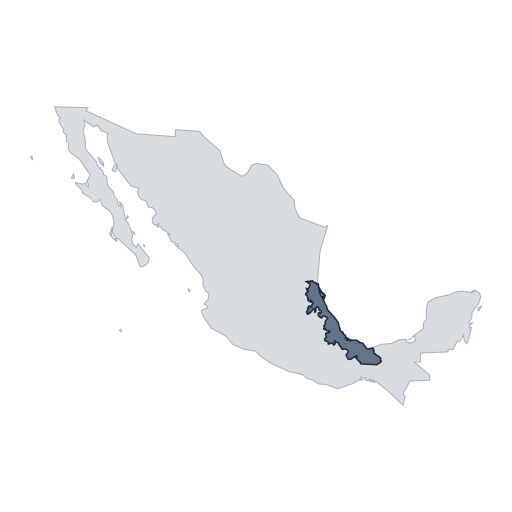 location of Veracruz within Mexico
{"feature_id": "MEX-2734", "entity_name": "Veracruz", "entity_type": "State", "adm_level": 1, "iso_a3": "MEX", "parent_name": "Mexico", "parent_adm1": "", "projection": "albers", "projection_center": [-96.92, 19.815], "detail": "fine", "context": "in_parent", "style": "filled", "palette": "slate", "viewbox_px": 512, "rotation_deg": 0, "n_neighbors": 0, "source": "natural_earth", "source_scale": "10m", "svg_char_len": 9612}
<svg xmlns="http://www.w3.org/2000/svg" viewBox="0 0 512 512"><path d="M54.7,106.8L87.8,107.7L85.9,110.7L136.1,133.8L175.1,136.7L175.6,129.7L199.7,131.4L203.7,136.5L220.0,150.8L223.6,162.4L226.5,166.9L242.1,176.4L247.3,173.3L251.5,165.1L256.4,163.4L267.9,165.2L277.2,174.7L283.4,188.2L294.3,200.6L294.9,208.3L299.8,217.9L324.4,227.2L327.7,225.8L320.1,250.5L317.5,280.2L318.6,286.6L325.1,295.2L323.7,299.8L324.1,295.2L318.7,287.9L320.4,294.6L327.0,308.6L337.9,322.0L340.4,330.4L348.1,338.8L345.9,338.6L350.3,340.6L348.9,339.4L357.0,340.4L362.8,343.3L367.9,348.7L381.5,344.3L391.5,343.5L398.1,340.1L405.1,339.2L406.5,340.4L406.0,342.2L411.8,343.1L415.6,340.3L414.4,336.0L412.6,337.1L413.0,336.2L423.2,328.6L423.6,322.6L426.5,319.0L426.3,309.4L427.9,302.1L435.6,297.6L449.4,294.8L455.3,292.0L462.0,291.1L473.3,293.0L474.1,291.4L471.2,291.5L474.9,290.1L479.6,293.0L480.6,297.3L478.7,303.2L471.9,312.4L471.9,318.2L468.4,322.0L469.1,323.3L472.4,322.6L469.1,326.5L469.2,327.9L471.5,327.3L467.8,342.3L466.7,343.7L464.2,340.5L463.3,335.0L460.3,340.9L456.9,341.5L453.1,349.3L448.1,349.4L447.8,351.9L420.3,353.0L420.6,361.9L414.3,362.1L429.8,375.2L429.5,380.2L409.9,381.0L403.1,393.7L405.2,396.8L403.0,405.2L388.3,391.4L376.7,382.0L369.7,378.5L368.9,379.4L375.4,382.6L365.3,379.9L366.0,377.5L363.3,378.5L361.6,376.5L359.8,378.7L363.2,379.8L358.1,380.3L353.1,383.6L337.2,388.8L326.9,384.7L318.2,383.8L312.4,379.9L306.6,378.3L303.0,374.7L288.9,371.6L271.5,363.6L260.4,356.2L255.7,351.2L244.0,349.2L233.0,344.6L226.3,336.4L211.3,328.1L203.7,317.1L201.3,310.5L207.5,307.8L206.6,305.0L204.0,304.0L208.2,299.2L209.0,293.4L205.8,291.2L202.9,285.2L203.2,279.9L201.3,275.0L192.9,265.5L185.8,254.3L174.4,244.2L177.7,246.2L178.1,244.2L171.9,241.8L167.6,234.2L170.9,234.6L162.0,229.0L160.8,226.5L157.3,227.1L156.8,226.0L159.6,223.3L155.0,225.2L152.5,222.9L152.3,218.1L155.8,214.0L156.9,214.9L155.0,210.3L152.3,207.4L148.4,207.2L146.2,201.1L141.5,199.4L138.9,196.7L137.4,191.4L138.8,188.2L130.7,185.9L117.5,168.2L117.0,164.2L114.9,162.8L107.4,141.7L107.2,135.5L108.3,133.6L100.7,130.3L99.1,126.8L96.6,125.4L93.7,127.0L83.6,119.9L85.1,124.0L83.1,131.4L84.9,137.7L85.8,149.4L95.8,160.7L98.7,167.9L100.4,167.7L101.0,169.9L102.6,170.3L103.7,174.9L106.7,176.5L107.8,186.1L113.0,191.3L114.5,196.7L117.0,198.7L118.4,205.1L120.6,206.8L119.7,202.0L122.6,205.0L125.4,219.7L128.7,224.2L132.8,234.9L131.8,239.3L132.5,243.3L136.4,247.4L138.2,243.7L149.4,258.2L147.9,263.2L142.9,266.6L140.2,266.8L135.9,255.2L118.1,238.6L116.3,238.7L112.9,233.7L112.4,230.4L114.0,223.5L112.9,216.7L110.5,211.7L101.9,205.1L100.5,199.2L98.6,201.5L93.9,202.1L90.8,198.0L82.7,193.2L81.7,189.7L75.8,184.3L75.4,182.5L81.9,184.1L85.8,183.2L85.6,184.7L88.7,186.6L87.9,182.6L86.4,182.2L90.2,174.9L79.3,159.2L69.8,151.8L68.3,148.5L68.8,143.2L66.5,141.2L66.2,135.0L63.3,132.1L63.2,128.5L59.3,122.4L58.8,119.7L60.4,118.0L57.6,115.4L54.7,106.8ZM116.9,168.4L115.5,171.9L112.3,170.4L114.1,165.0L116.1,164.6L116.9,168.4ZM103.7,166.4L99.3,162.0L98.4,157.7L100.7,159.3L101.1,161.6L103.4,162.5L103.7,166.4ZM478.9,310.8L477.7,309.6L478.2,307.9L481.3,306.3L478.9,310.8ZM112.7,238.3L109.6,234.2L112.3,226.6L111.1,233.5L112.7,238.3ZM73.9,178.8L71.4,178.0L73.5,174.1L74.4,177.2L73.9,178.8ZM32.6,160.2L30.7,157.3L31.3,156.2L32.1,156.3L32.6,160.2ZM115.5,238.7L117.4,241.9L113.3,238.6L115.5,238.7ZM190.0,290.5L189.5,291.8L188.5,291.2L188.1,289.0L190.0,290.5ZM134.3,232.3L135.0,234.7L132.9,231.6L134.3,232.3ZM127.2,215.9L128.4,217.1L126.4,219.1L127.2,215.9ZM121.5,331.2L120.6,331.5L119.4,330.4L120.6,329.2L121.5,331.2ZM409.8,339.2L407.4,339.8L411.6,338.3L409.8,339.2ZM144.8,246.7L143.6,246.4L143.6,244.1L144.8,246.7Z" fill="#d9dde1" stroke="#a8b0b8" stroke-width="1"/><path d="M318.3,284.0L318.4,284.3L318.5,286.2L318.6,286.8L320.8,290.9L322.3,292.7L323.5,293.7L323.7,293.9L324.7,294.6L325.1,295.3L325.1,295.9L324.6,297.5L323.9,298.7L323.7,299.8L323.4,298.7L322.8,297.2L323.6,296.6L323.9,296.5L324.0,296.7L324.3,296.2L324.3,295.6L324.2,295.4L322.6,294.1L322.4,293.7L321.6,292.9L320.9,291.8L320.6,291.6L320.1,289.8L319.7,289.5L318.3,286.8L318.4,287.1L319.2,289.1L319.4,291.0L319.7,292.1L319.9,293.4L320.1,294.1L321.3,296.2L321.5,296.4L322.0,296.6L322.4,296.3L322.6,296.5L322.4,297.5L322.5,297.8L323.5,300.0L323.8,300.3L323.9,300.9L324.8,303.3L326.9,307.2L327.1,308.0L326.8,308.3L327.5,309.7L329.3,311.8L330.6,312.9L330.9,313.5L331.1,313.8L332.5,315.4L333.7,316.5L334.0,317.1L334.6,317.5L335.1,318.4L336.1,319.6L337.0,321.1L337.9,322.0L338.6,324.1L338.8,325.4L339.3,327.3L340.0,328.2L340.0,328.5L339.9,328.9L339.9,329.1L340.3,330.5L340.5,330.8L342.3,332.2L342.7,332.1L342.9,332.3L343.4,334.0L343.8,334.5L344.1,334.7L345.0,334.9L345.6,336.7L346.2,337.6L347.1,338.4L347.9,338.6L348.4,338.9L348.4,339.5L347.4,338.7L346.5,338.5L346.0,337.9L345.7,337.9L345.3,338.0L345.7,338.3L346.5,338.7L346.6,339.0L347.6,339.7L347.6,339.8L347.4,339.8L346.7,339.6L346.8,340.1L347.0,340.2L347.4,340.2L347.7,340.0L347.8,339.8L348.1,339.8L350.0,340.3L351.0,341.0L351.2,340.7L350.6,340.4L349.6,340.0L348.8,339.6L348.7,338.9L349.8,339.7L351.0,340.1L352.3,340.4L356.9,340.3L359.0,341.8L359.2,342.0L359.4,342.6L359.7,342.7L362.6,343.2L363.0,343.3L364.0,345.5L365.4,346.9L366.1,348.4L366.7,348.8L367.8,349.1L369.0,348.9L369.5,348.7L371.7,348.3L372.8,348.0L373.0,348.6L373.4,348.8L373.5,349.6L373.7,349.9L373.5,350.1L373.8,350.5L373.9,351.0L374.1,351.4L373.8,352.1L373.8,353.2L374.0,353.4L374.4,353.4L374.6,353.7L375.4,353.9L375.7,354.2L375.9,355.1L376.5,355.2L377.0,355.3L377.3,355.8L378.2,356.0L379.0,356.4L379.4,357.0L380.0,357.7L380.7,358.1L380.8,358.3L380.4,360.3L380.5,360.6L380.7,360.8L381.3,361.0L380.9,362.0L380.6,362.2L377.0,364.7L360.9,363.9L360.4,363.5L360.1,362.5L360.3,362.4L360.3,362.2L360.2,361.9L360.0,361.6L358.8,361.1L356.1,358.1L356.3,357.4L356.8,357.1L356.9,356.1L356.8,355.7L356.3,355.8L356.2,355.9L356.3,356.2L356.2,356.2L355.7,356.0L355.3,356.7L354.5,356.9L354.4,357.2L353.4,357.3L353.1,357.5L352.7,358.0L352.3,358.1L351.6,358.6L351.5,358.9L351.1,359.0L350.9,359.2L349.9,359.1L349.0,359.5L348.3,359.2L347.9,358.9L346.2,355.5L346.2,355.0L346.4,354.4L347.5,353.1L347.9,352.4L348.2,351.7L347.5,350.1L347.2,349.7L345.3,349.0L344.9,349.1L343.5,348.9L343.1,349.4L342.7,349.4L342.4,349.2L342.2,349.1L342.3,348.8L342.2,348.7L341.7,348.7L341.3,348.4L341.0,347.1L340.9,346.9L340.5,346.5L339.8,346.0L339.4,345.5L339.1,344.9L338.6,343.1L338.3,342.8L338.0,342.7L336.3,342.3L335.8,341.9L334.8,341.1L335.2,342.6L335.2,343.2L335.1,343.7L334.8,344.1L333.8,345.1L333.0,344.1L332.9,343.2L332.7,342.9L330.1,343.4L329.1,344.1L328.9,344.0L328.4,344.0L328.2,344.0L328.1,343.7L328.4,342.9L328.3,342.7L328.0,342.2L327.9,341.7L327.7,341.4L326.9,341.2L326.6,341.0L326.4,340.9L325.7,341.2L325.2,340.9L324.8,340.2L324.6,339.2L324.8,338.8L325.3,338.4L325.5,337.9L326.4,337.5L325.7,334.1L325.7,333.6L325.8,333.3L326.5,333.1L327.3,332.7L328.1,333.0L328.5,332.5L328.9,332.5L329.2,332.4L330.0,331.4L329.8,331.1L329.0,330.8L328.7,330.8L328.1,331.0L327.3,330.7L326.6,330.6L326.4,330.4L325.7,329.5L325.0,329.7L324.7,329.2L324.0,329.1L323.8,329.0L323.7,328.7L323.8,328.6L324.6,328.6L324.8,328.4L325.0,328.2L324.8,327.9L324.4,327.5L324.4,327.1L323.9,326.7L324.0,325.6L324.2,325.3L324.5,325.3L324.9,324.8L325.2,324.0L325.3,323.0L325.2,321.6L326.0,320.3L327.5,318.7L327.7,318.1L327.5,317.7L326.2,317.2L325.3,316.7L324.1,315.9L323.8,315.9L322.8,316.2L322.5,316.8L322.0,317.5L321.6,317.9L321.2,318.1L320.9,317.8L320.8,317.0L320.5,316.9L319.7,317.1L319.2,316.2L318.3,315.6L318.2,315.4L318.5,314.6L318.4,314.3L318.4,313.6L318.2,313.1L318.4,313.0L319.0,313.0L319.5,312.6L320.1,313.3L320.3,313.4L320.5,313.3L321.5,312.0L321.5,311.6L321.0,310.7L320.2,310.4L319.3,310.4L319.1,310.3L319.1,310.1L319.4,309.8L318.8,308.7L318.8,307.6L318.2,307.1L317.3,307.1L316.8,306.9L316.6,307.0L316.5,307.9L316.0,308.2L315.9,308.4L315.8,309.0L315.5,309.1L315.7,309.7L315.8,310.9L315.5,311.8L314.9,312.3L314.6,311.6L314.6,311.4L314.9,310.7L314.6,310.1L314.6,309.5L314.5,309.3L314.1,309.2L313.8,308.9L313.3,309.0L312.8,309.6L312.0,310.7L310.0,313.0L309.8,313.0L309.4,312.5L309.2,312.7L308.9,313.4L308.5,314.0L308.0,314.3L307.5,314.1L307.0,313.1L306.5,312.4L306.5,312.0L307.0,311.5L307.3,310.3L307.4,310.0L308.5,309.2L308.8,308.7L308.8,308.1L308.6,308.0L308.1,308.3L307.8,308.3L307.7,308.1L307.7,307.9L307.8,307.7L308.8,307.4L308.8,306.8L308.6,306.3L308.7,306.1L309.2,306.0L309.6,306.1L311.1,306.8L311.6,306.8L311.5,305.6L311.6,305.1L312.5,303.8L312.8,303.7L313.1,302.9L312.7,302.6L312.5,302.3L312.2,302.1L311.9,301.7L311.3,302.1L310.9,302.1L310.8,301.8L311.1,301.0L311.0,300.3L310.8,300.2L310.6,300.2L310.7,300.8L310.4,301.1L309.7,301.6L309.0,301.2L308.2,300.3L307.9,300.2L307.8,299.9L307.8,299.4L308.5,298.5L307.5,297.7L307.4,296.5L307.2,295.7L306.0,295.0L305.6,294.4L305.9,294.1L305.8,293.6L305.9,293.2L306.1,293.0L306.7,293.1L306.9,292.9L306.8,292.7L307.1,292.4L307.4,292.5L307.5,292.3L308.1,292.0L308.4,291.4L308.3,291.2L308.0,291.1L307.9,290.5L307.3,290.6L306.8,290.1L306.8,289.7L307.1,289.6L307.0,289.3L307.4,289.0L307.3,288.9L306.7,289.0L306.4,288.5L307.2,288.6L307.5,288.5L308.1,288.6L308.3,288.4L308.5,288.5L308.8,287.6L309.8,285.8L310.0,285.2L310.0,284.7L309.9,284.4L309.7,284.0L306.1,281.6L307.6,281.3L308.3,281.3L308.5,281.5L308.7,281.4L309.3,281.7L309.6,281.5L309.8,281.9L310.0,281.8L310.6,281.9L310.8,281.8L310.9,280.9L311.5,281.0L312.3,280.7L312.5,280.8L312.8,281.5L313.8,282.4L315.7,282.7L316.5,283.2L316.7,283.4L316.4,283.8L316.4,284.1L317.1,284.8L317.3,284.8L317.5,284.5L318.3,284.0ZM320.2,291.7L320.9,292.2L320.8,292.4L320.4,292.3L320.0,291.8L319.8,291.1L319.7,290.5L319.9,290.7L320.2,291.7Z" fill="#64748b" stroke="#1e293b" stroke-width="1.5"/></svg>